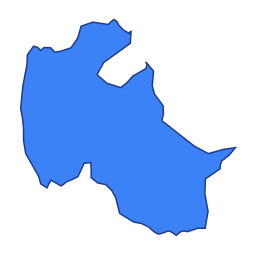 outline of Nuvara Ĕliya, rotated 88°
{"feature_id": "LKA-2450", "entity_name": "Nuvara Ĕliya", "entity_type": "District", "adm_level": 1, "iso_a3": "LKA", "parent_name": "Sri Lanka", "parent_adm1": "", "projection": "orthographic", "projection_center": [80.707, 7.013], "detail": "fine", "context": "isolated", "style": "filled", "palette": "blue", "viewbox_px": 256, "rotation_deg": 88, "n_neighbors": 0, "source": "natural_earth", "source_scale": "10m", "svg_char_len": 1202}
<svg xmlns="http://www.w3.org/2000/svg" viewBox="0 0 256 256"><g transform="rotate(88 128 128)"><path d="M104.9,234.6L82.5,231.6L61.2,226.8L51.3,226.0L42.9,219.5L44.4,215.3L47.5,212.4L44.7,209.3L45.0,202.6L49.7,198.5L49.0,193.0L45.9,182.2L36.4,175.1L24.6,171.3L21.0,159.3L23.9,144.1L21.3,141.4L19.0,138.2L21.3,135.2L24.4,134.1L30.0,129.1L33.6,123.3L32.3,123.0L31.7,121.6L43.4,122.7L61.7,150.0L73.6,157.1L82.5,147.7L87.4,133.9L82.5,127.3L76.4,121.5L69.3,108.2L66.1,106.8L62.7,107.8L72.0,100.5L86.7,102.3L95.0,100.4L106.9,92.2L114.9,92.1L121.9,93.9L148.2,62.7L156.4,48.7L152.7,33.3L151.4,21.4L158.5,27.7L164.3,35.6L168.6,37.1L172.1,37.5L181.5,52.4L196.5,53.5L214.0,50.9L230.9,54.4L230.6,61.8L233.7,72.0L232.8,75.8L233.6,79.3L235.5,81.5L237.0,83.6L234.2,87.0L232.2,90.8L234.5,98.1L235.1,101.0L233.7,104.0L231.0,107.4L227.8,110.5L224.0,117.7L222.1,125.8L213.1,139.3L197.6,142.6L190.2,146.2L183.8,152.1L181.8,160.3L176.3,166.6L168.7,166.2L161.3,166.5L161.7,173.1L174.8,179.7L177.5,185.4L179.8,191.7L181.9,194.2L183.5,197.0L177.5,206.8L181.3,209.2L185.0,211.1L180.8,217.1L173.1,219.0L150.0,231.1L137.2,232.8L123.6,232.4L113.5,233.2L104.9,234.6Z" fill="#3b82f6" stroke="#1e3a8a" stroke-width="1.5"/></g></svg>